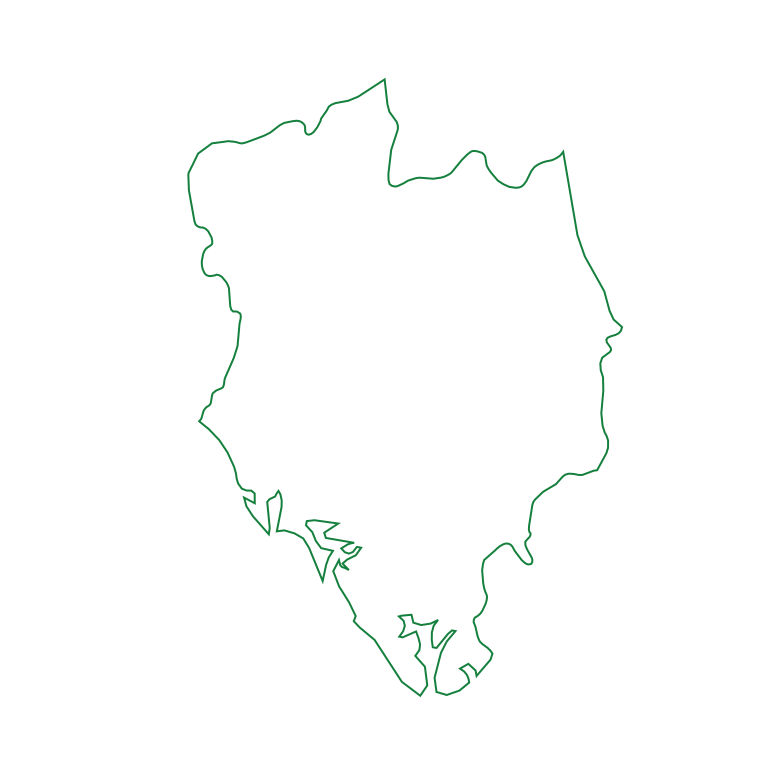 SVG path tracing the border of Chanthaburi, rotated 11°
{"feature_id": "THA-432", "entity_name": "Chanthaburi", "entity_type": "Province", "adm_level": 1, "iso_a3": "THA", "parent_name": "Thailand", "parent_adm1": "", "projection": "mercator", "projection_center": [102.12, 12.821], "detail": "fine", "context": "isolated", "style": "outline", "palette": "green", "viewbox_px": 768, "rotation_deg": 11, "n_neighbors": 0, "source": "natural_earth", "source_scale": "10m", "svg_char_len": 4676}
<svg xmlns="http://www.w3.org/2000/svg" viewBox="0 0 768 768"><g transform="rotate(11 384 384)"><path d="M606.7,283.2L606.5,286.3L604.8,289.3L601.8,291.7L597.7,293.8L594.7,295.9L593.8,298.2L594.8,300.6L599.6,305.2L600.4,307.4L599.6,309.5L593.2,316.5L592.4,322.5L594.1,329.0L597.7,335.5L600.6,348.9L602.9,371.2L606.5,383.2L609.8,389.3L612.6,392.8L614.8,396.8L616.1,403.9L615.5,409.5L609.7,427.9L609.6,428.0L609.3,428.1L606.4,429.1L596.4,435.2L594.5,435.8L592.5,436.1L587.6,436.1L582.9,436.7L581.1,437.4L579.4,438.4L577.9,439.8L576.6,441.6L571.9,449.5L560.7,459.5L554.2,468.8L553.1,471.4L552.7,474.7L553.5,496.0L554.0,499.3L555.0,501.5L556.3,502.6L556.6,504.3L556.1,506.4L553.9,509.8L552.8,511.9L553.6,515.4L555.9,518.9L562.4,526.6L563.2,528.3L563.5,530.7L562.7,532.6L560.2,533.6L558.2,533.4L556.2,532.6L552.8,530.6L544.3,523.0L542.0,520.2L540.7,518.8L539.1,517.7L537.2,517.1L535.1,517.1L533.2,517.7L531.5,518.7L528.6,521.2L526.2,524.1L525.2,525.6L515.9,537.7L515.5,541.9L515.9,548.3L519.5,560.9L521.7,566.2L523.6,569.5L524.5,570.6L525.2,571.9L525.8,573.4L526.0,576.4L525.7,580.4L523.8,587.8L522.3,591.2L520.3,593.7L517.7,596.1L517.2,598.2L517.4,600.5L520.1,604.9L524.1,613.9L525.7,616.5L527.2,618.5L530.3,620.6L536.1,623.3L539.1,625.3L541.9,627.9L541.2,634.2L530.7,652.7L530.6,652.9L528.5,647.7L520.2,642.6L512.9,648.9L517.5,650.9L520.8,653.6L523.1,657.0L524.6,660.8L516.5,670.6L504.9,677.3L494.3,676.3L489.7,662.7L491.2,637.1L494.7,624.8L501.3,612.9L497.8,612.9L494.3,617.4L485.9,633.1L482.1,633.1L479.7,626.0L478.4,618.7L478.9,611.7L482.1,605.3L475.5,610.3L466.5,613.5L458.4,612.7L455.0,605.3L445.7,608.0L443.0,609.3L448.4,612.7L450.6,617.4L450.0,623.0L447.2,629.1L450.7,629.1L462.7,620.8L466.5,627.1L469.1,632.8L469.5,638.5L466.6,644.9L478.1,653.7L484.0,671.6L479.1,683.1L458.4,673.0L423.6,637.0L406.7,627.7L399.6,622.6L400.5,617.2L391.4,605.0L378.5,591.2L369.9,577.4L373.4,565.4L375.5,570.1L377.8,571.7L381.0,572.1L385.0,573.3L377.6,568.2L381.3,563.4L389.0,557.5L392.8,549.1L388.5,549.1L385.5,554.9L381.8,557.2L377.6,556.6L373.4,553.5L379.1,548.3L382.0,546.7L385.0,545.6L356.3,546.2L353.7,541.4L365.7,529.7L341.7,531.0L334.4,533.3L334.4,537.6L341.9,543.1L347.0,551.0L353.6,557.1L365.7,557.5L362.9,564.7L361.7,572.4L361.4,589.1L341.9,559.4L334.2,551.0L324.7,547.7L314.1,546.7L306.9,549.1L306.9,524.0L305.8,517.8L303.3,512.0L300.8,509.1L299.6,511.7L298.6,515.2L293.5,519.0L291.9,522.2L299.3,547.1L299.6,553.5L280.5,538.8L272.3,530.3L268.3,522.2L279.9,525.7L277.9,516.1L274.0,514.0L269.3,514.8L264.4,513.9L259.8,509.5L257.5,505.2L255.8,500.2L252.8,494.1L243.5,481.1L233.0,470.5L220.6,461.7L209.7,455.9L211.3,453.0L212.0,444.9L213.0,442.3L214.3,440.4L215.7,439.2L216.9,437.9L217.6,436.0L217.4,427.9L217.6,426.2L217.8,425.7L218.0,425.4L220.4,422.5L225.2,419.3L226.5,417.9L226.9,415.8L226.9,413.6L226.7,411.2L226.7,408.9L231.6,386.9L233.0,374.7L230.7,352.6L230.8,346.9L230.4,344.4L229.4,342.3L226.1,341.0L224.0,341.2L222.0,341.6L219.9,340.2L218.2,336.9L213.5,319.5L212.1,317.1L209.8,314.2L204.5,309.8L201.5,308.7L198.9,308.6L197.3,309.6L193.5,311.1L191.4,311.4L189.4,311.1L187.8,310.4L186.4,309.1L183.9,305.5L182.5,301.9L181.7,298.1L181.7,291.1L182.3,287.7L183.5,285.1L184.7,283.6L187.1,281.4L188.0,280.3L188.2,279.9L188.6,278.9L188.1,276.3L186.7,273.0L182.3,267.6L179.2,265.6L176.4,265.0L174.2,265.3L172.0,265.1L170.1,264.4L168.5,263.2L166.8,260.2L155.5,231.0L152.1,216.4L151.9,214.1L155.1,202.5L157.5,193.3L169.2,180.6L185.0,175.3L191.9,174.7L196.7,175.1L198.9,174.9L202.7,173.1L219.0,163.1L224.4,158.9L232.4,149.8L236.3,146.7L244.0,143.5L248.1,142.2L251.4,142.2L253.4,142.8L255.1,143.8L256.6,145.0L257.5,146.8L258.4,150.9L259.3,152.5L260.8,153.5L262.7,153.6L264.9,152.3L266.9,150.0L269.5,144.8L271.4,138.4L271.6,136.4L271.8,134.9L272.1,134.4L275.7,126.3L276.9,122.3L279.1,119.9L282.6,117.6L294.8,112.8L303.8,106.9L326.5,84.9L334.0,108.8L337.3,115.7L346.5,124.4L348.2,127.5L348.9,130.4L348.9,132.6L346.4,152.7L348.2,176.8L349.5,182.8L351.2,186.6L353.8,187.9L356.3,188.1L358.2,187.8L359.9,186.9L364.8,183.4L368.9,179.7L375.7,176.0L379.4,174.7L393.3,173.1L401.2,170.3L404.4,168.5L407.6,166.0L409.0,164.7L410.1,163.2L417.6,149.3L422.0,142.8L424.4,140.0L425.9,138.7L428.1,138.0L431.1,137.8L436.3,138.4L438.7,139.9L440.1,141.8L443.0,149.7L445.2,152.6L448.6,156.0L456.9,162.6L463.1,165.1L469.3,166.6L475.5,166.3L477.6,165.8L479.5,165.1L481.0,164.1L482.3,162.8L483.3,161.3L485.1,157.4L488.0,146.8L489.8,143.2L490.9,141.6L493.7,138.9L496.7,136.7L500.1,134.8L505.6,132.5L507.2,131.6L510.2,129.3L513.0,126.6L513.9,125.2L514.9,123.4L515.6,121.9L545.5,201.0L556.8,220.5L582.5,250.9L591.5,269.2L597.1,276.9L606.8,282.7L606.7,283.2Z" fill="none" stroke="#15803d" stroke-width="2"/></g></svg>